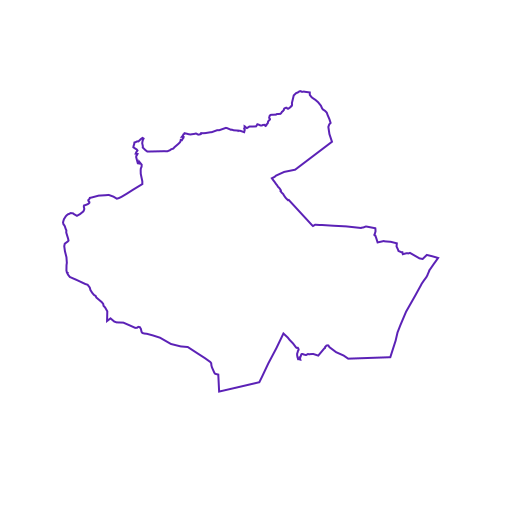 Huiramba, Michoacán, Mexico, rotated 136°
{"feature_id": "50627088B30208829645269", "entity_name": "Huiramba", "entity_type": "district", "adm_level": 2, "iso_a3": "MEX", "parent_name": "Mexico", "parent_adm1": "Michoacán", "projection": "natural_earth1", "projection_center": [-101.469, 19.525], "detail": "fine", "context": "isolated", "style": "outline", "palette": "violet", "viewbox_px": 512, "rotation_deg": 136, "n_neighbors": 0, "source": "geoboundaries", "source_scale": "gbopen_adm2", "svg_char_len": 6080}
<svg xmlns="http://www.w3.org/2000/svg" viewBox="0 0 512 512"><g transform="rotate(136 256 256)"><path d="M393.2,289.2L392.8,288.2L391.4,287.0L389.9,286.8L389.0,285.5L389.5,283.4L391.0,281.0L391.2,279.5L390.1,277.7L388.5,275.8L385.4,270.6L381.8,263.9L378.3,251.8L373.0,243.3L368.3,237.9L365.9,227.4L363.7,218.0L362.5,211.5L362.7,210.0L364.0,208.4L365.0,206.6L367.1,200.9L367.2,199.6L365.5,196.9L376.7,184.1L341.3,162.9L335.7,164.9L321.7,170.2L305.5,175.5L290.1,181.2L289.8,175.3L290.1,172.3L290.1,171.2L290.1,167.4L290.7,162.5L290.6,161.7L290.2,161.4L289.7,160.9L290.0,159.7L290.5,158.9L292.0,158.5L292.4,158.1L294.2,157.2L295.2,156.2L295.7,155.5L296.4,154.5L296.9,153.4L297.4,152.5L296.7,151.8L296.1,150.7L295.4,151.8L294.9,152.8L294.0,152.5L292.5,153.4L291.4,153.8L290.9,153.5L290.4,152.9L290.3,152.3L289.9,151.7L289.3,150.7L288.8,150.0L287.8,149.7L286.7,149.4L286.1,148.4L285.1,147.7L282.9,145.8L280.4,141.1L271.0,142.1L270.3,141.9L269.3,142.6L268.6,142.5L268.0,142.6L267.5,142.6L266.7,142.1L266.1,141.4L266.5,139.4L265.7,134.4L265.2,131.2L262.1,123.5L261.0,118.1L229.7,89.9L214.4,98.1L207.3,102.7L200.1,106.0L186.7,111.7L169.0,116.9L160.6,119.5L158.3,120.2L155.9,121.0L152.0,121.8L148.3,122.4L146.0,123.1L145.7,123.3L144.8,123.7L141.6,125.0L141.4,125.3L140.6,125.4L133.5,126.8L132.5,127.0L132.3,127.0L126.4,128.1L127.9,130.8L129.6,133.7L132.4,138.1L135.5,138.1L138.2,138.1L140.1,140.8L140.4,142.0L143.1,151.3L144.6,152.0L145.5,153.2L146.6,153.9L149.1,155.3L148.1,157.0L148.6,157.3L150.0,160.6L149.2,162.5L148.3,165.2L145.9,167.3L149.2,172.6L153.2,177.1L153.7,178.0L159.1,181.3L157.3,184.9L156.0,187.7L156.1,187.9L156.1,188.0L156.2,188.3L156.3,188.5L156.3,188.8L156.2,189.0L155.0,189.5L153.6,190.3L152.9,190.7L151.3,192.5L150.9,193.1L155.9,200.2L156.5,200.9L156.9,201.1L158.6,201.8L159.3,202.2L160.2,202.9L161.0,203.2L168.1,211.7L170.6,214.7L179.4,224.1L187.3,232.8L188.8,234.2L191.7,237.4L194.2,238.0L194.3,239.4L193.5,273.6L194.2,273.9L194.3,276.7L194.1,278.5L193.8,280.2L193.4,281.7L193.5,283.8L193.3,285.4L193.0,285.3L192.5,286.0L192.2,287.4L192.0,289.0L192.1,290.6L191.7,292.1L191.6,293.7L191.1,296.7L191.0,298.0L190.6,300.9L187.6,300.0L185.7,299.9L177.3,296.9L167.9,290.9L122.0,285.4L118.5,292.7L114.3,298.6L111.9,299.8L109.9,299.9L108.2,303.3L106.5,307.8L105.5,310.0L105.5,312.4L106.1,315.1L105.8,316.6L104.9,319.0L104.5,323.5L104.8,327.0L105.4,329.7L105.7,331.5L105.4,334.5L103.7,336.3L106.8,340.2L107.0,340.6L107.7,341.3L108.0,341.5L108.5,341.8L108.8,342.1L109.2,342.7L109.3,343.0L109.3,343.3L109.3,343.5L109.8,343.9L110.5,344.3L111.3,344.4L112.1,344.6L112.6,344.6L112.8,344.8L113.2,345.0L113.9,345.3L117.3,345.3L123.9,341.1L124.1,340.9L124.5,340.3L125.1,339.7L125.8,339.2L126.0,339.2L126.3,339.2L126.5,339.3L126.8,339.4L127.1,339.4L127.3,339.2L127.6,339.1L129.0,339.3L130.4,339.5L130.7,339.7L130.9,340.0L131.0,340.2L131.0,341.4L131.4,341.8L133.0,342.4L133.4,342.4L133.8,342.2L134.0,342.1L134.3,341.9L134.5,341.7L135.2,341.7L136.0,341.5L137.1,341.7L137.3,341.7L137.6,341.5L138.2,341.4L138.7,341.3L139.3,341.3L139.7,341.3L140.4,341.9L141.3,342.6L141.8,343.1L142.4,343.6L142.8,343.8L143.4,343.8L147.1,347.1L147.5,347.3L148.1,347.4L148.7,347.4L149.1,347.1L149.7,346.8L150.3,346.5L150.6,346.1L150.8,345.5L150.8,344.8L151.0,344.6L151.4,344.5L152.2,344.5L153.7,344.4L153.9,344.3L154.1,344.2L154.7,343.8L155.4,343.3L155.7,343.3L156.5,343.3L157.4,343.0L158.0,342.8L158.3,342.8L158.8,342.9L158.9,343.8L158.9,344.1L158.7,344.4L159.3,344.9L160.0,345.5L160.9,345.7L161.7,346.3L162.1,346.8L162.3,347.4L162.5,347.6L162.7,348.3L162.8,348.6L163.5,349.8L164.1,349.6L165.9,349.2L166.9,350.0L170.8,353.7L173.7,354.3L173.9,354.7L174.0,355.2L174.0,355.7L173.9,356.4L174.1,357.2L174.7,356.5L175.1,356.1L175.9,356.0L176.1,355.8L176.3,354.9L176.4,354.6L178.5,353.3L180.3,356.9L181.4,358.2L181.8,358.3L181.7,358.6L184.7,361.9L185.7,363.8L186.3,364.1L187.7,367.4L188.1,368.3L188.7,369.1L195.0,372.0L196.6,373.5L201.8,375.8L203.0,376.8L205.2,378.3L207.2,379.7L208.8,381.1L210.0,382.4L210.2,382.5L210.5,382.1L210.8,382.0L211.6,382.3L211.7,382.5L212.6,382.9L213.0,383.2L213.3,383.6L213.6,384.3L213.8,385.3L214.1,385.6L214.2,385.9L215.6,386.7L217.5,388.1L218.8,389.0L220.0,390.6L220.8,392.0L222.0,393.8L222.3,393.5L223.5,393.9L223.8,393.9L224.4,393.6L225.0,393.4L226.6,393.2L225.8,392.3L225.6,392.2L225.4,391.9L226.1,391.4L227.2,391.3L228.9,390.8L229.5,391.8L230.3,391.2L231.4,390.7L232.3,390.6L234.2,390.6L239.3,390.9L240.8,390.7L242.9,391.7L244.5,391.9L247.0,392.9L249.6,395.5L258.8,404.0L261.6,406.6L262.0,408.9L262.1,412.7L261.1,413.6L259.5,416.2L257.3,417.8L255.3,418.6L255.6,419.8L257.7,420.1L261.0,420.1L261.8,421.0L263.4,421.5L264.6,422.1L266.2,420.9L267.3,420.4L268.7,419.4L268.1,416.5L267.8,415.7L268.0,414.2L269.8,413.9L271.5,413.2L270.4,411.7L271.9,411.2L272.7,411.1L272.9,410.9L273.5,410.4L273.9,409.7L274.8,408.1L276.6,404.8L275.8,403.7L274.5,404.9L274.8,401.1L276.3,399.7L278.0,399.0L279.3,397.9L281.8,395.2L283.2,393.0L285.9,388.7L287.8,386.7L298.4,389.1L305.8,390.6L311.7,392.0L314.4,392.9L316.3,393.9L317.3,397.7L319.5,402.2L322.2,404.4L327.2,408.7L333.5,412.2L335.1,413.2L335.3,413.0L336.8,412.7L337.8,412.7L338.2,412.3L338.3,411.8L338.4,410.5L338.7,410.2L339.0,410.0L340.2,410.0L341.3,410.3L343.5,411.2L344.2,411.6L344.4,411.8L344.5,411.8L345.2,411.5L345.7,410.9L346.0,410.5L346.6,409.4L346.9,409.1L347.7,408.6L349.2,408.0L353.6,408.4L356.9,409.3L357.9,412.7L358.0,413.8L359.6,415.7L359.9,415.8L360.7,415.9L361.2,416.1L362.0,416.6L362.6,416.6L363.8,416.8L365.3,416.7L368.6,415.9L370.7,414.7L371.5,414.2L372.5,412.5L372.6,411.0L373.1,409.7L374.0,407.9L374.6,406.2L376.2,404.7L377.8,401.6L379.1,399.0L380.2,397.3L381.3,397.2L385.0,397.7L387.1,396.3L390.1,392.2L393.2,386.8L396.8,382.5L398.6,381.1L402.4,377.3L403.5,375.5L403.2,374.7L403.8,374.4L404.2,373.0L404.5,370.2L401.6,363.2L398.3,354.5L397.1,352.3L397.5,348.8L398.8,346.4L399.4,343.3L399.6,340.6L399.1,338.6L399.7,337.1L399.0,329.8L399.2,327.7L400.3,326.0L400.3,323.8L401.4,319.5L408.3,312.7L404.0,312.2L403.5,307.3L402.4,305.1L397.7,300.2L395.0,293.7L393.2,289.2Z" fill="none" stroke="#5b21b6" stroke-width="2"/></g></svg>